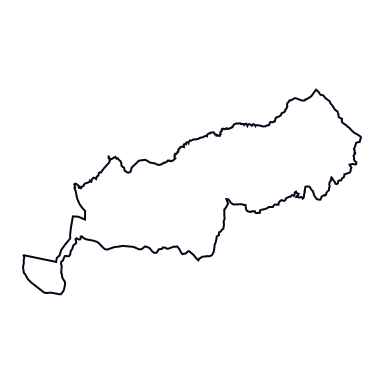 outline of Metinaro, Dili, East Timor
{"feature_id": "22284137B6793847155334", "entity_name": "Metinaro", "entity_type": "district", "adm_level": 2, "iso_a3": "TLS", "parent_name": "East Timor", "parent_adm1": "Dili", "projection": "natural_earth1", "projection_center": [125.764, -8.537], "detail": "fine", "context": "isolated", "style": "outline", "palette": "ink", "viewbox_px": 384, "rotation_deg": 0, "n_neighbors": 0, "source": "geoboundaries", "source_scale": "gbopen_adm2", "svg_char_len": 6014}
<svg xmlns="http://www.w3.org/2000/svg" viewBox="0 0 384 384"><path d="M24.3,257.2L23.7,260.3L23.8,263.2L23.0,267.1L23.9,272.9L25.3,274.5L27.8,279.1L31.1,282.4L44.3,292.7L47.5,293.0L50.7,292.6L59.9,294.3L60.9,294.2L63.2,291.3L64.0,289.6L64.9,285.3L65.1,282.3L62.2,277.4L62.0,274.8L61.2,272.5L61.7,266.5L61.6,265.6L60.9,263.8L61.4,261.5L62.8,260.6L64.7,256.2L65.3,256.0L68.8,256.3L70.0,254.9L70.9,250.8L72.4,248.8L72.9,246.3L73.7,245.1L76.0,243.4L76.2,242.1L75.6,239.1L76.4,238.3L78.9,239.5L80.1,239.3L80.6,238.4L80.7,236.6L81.5,236.3L84.6,238.7L86.9,239.5L93.1,240.6L97.1,241.9L98.4,242.7L103.2,247.7L104.7,249.0L105.5,249.3L107.5,249.5L114.5,247.0L117.4,246.8L122.8,245.9L133.6,246.9L139.2,249.4L141.8,249.1L144.8,246.5L145.9,246.6L149.5,248.0L152.6,251.8L154.1,252.8L155.1,252.9L156.2,252.8L156.9,252.3L158.8,249.3L161.9,248.9L162.9,247.5L164.9,247.6L167.6,248.9L174.0,246.6L175.9,246.8L177.1,246.4L179.3,249.0L181.1,252.5L182.3,254.1L185.9,253.4L187.9,251.4L189.2,251.2L193.6,255.0L196.7,258.8L198.4,260.3L199.2,258.7L202.0,256.9L203.7,256.5L205.1,256.6L206.7,256.1L208.6,256.3L211.3,255.6L212.1,254.9L213.7,251.9L214.4,247.8L214.5,245.2L216.0,241.4L216.0,240.2L216.5,239.2L216.5,237.5L216.8,236.4L218.9,235.1L218.9,232.9L219.4,232.1L220.6,231.7L221.8,229.9L223.3,228.7L224.0,224.6L223.7,222.3L223.8,221.0L224.5,219.3L224.6,218.2L224.3,215.5L224.3,209.4L225.2,208.8L225.9,207.3L226.4,206.8L228.0,203.5L226.4,199.1L228.2,199.3L229.6,200.7L230.7,202.7L233.5,204.5L241.8,204.2L243.9,205.0L245.5,204.9L246.0,208.7L246.6,210.5L247.9,211.4L250.8,212.0L252.6,211.1L253.2,211.5L254.8,211.2L255.3,212.7L256.6,213.1L258.8,212.8L259.6,213.0L260.1,212.6L259.8,211.5L260.1,210.4L261.1,209.8L263.5,209.4L267.2,208.3L268.7,207.0L272.9,207.0L273.8,205.3L274.7,204.6L278.5,204.7L278.7,202.6L280.3,200.9L281.5,200.1L283.4,200.8L284.5,200.8L285.3,200.0L286.0,198.3L288.9,196.9L290.5,196.8L291.9,195.1L293.1,195.3L294.0,196.0L294.4,195.6L294.8,192.5L296.0,191.6L296.7,193.1L298.6,193.8L298.4,194.8L296.8,196.1L296.4,197.0L297.8,196.9L298.8,197.5L301.4,197.0L302.7,198.6L303.5,197.9L303.9,196.5L304.1,194.0L304.8,192.1L304.5,191.1L304.9,190.8L305.1,188.1L305.5,186.7L307.4,186.4L309.6,186.8L311.8,190.3L312.9,191.0L314.2,195.5L316.5,198.8L318.2,199.6L320.5,199.6L321.7,196.5L324.4,195.0L325.1,195.5L326.1,194.5L326.4,192.9L327.2,191.8L328.9,190.2L329.1,187.9L329.6,186.9L329.3,184.2L329.6,182.3L330.5,181.2L331.5,177.4L332.4,178.2L332.8,179.6L334.8,182.1L335.4,183.7L337.0,184.1L337.9,183.1L338.1,181.3L339.6,180.3L341.2,180.3L342.1,178.2L343.7,177.3L344.2,176.2L344.4,174.3L345.7,174.1L350.1,172.3L350.7,170.4L350.7,169.2L351.4,167.8L349.6,164.7L352.7,163.9L354.6,164.4L355.8,164.4L356.2,164.0L356.3,162.2L354.6,160.9L354.0,159.5L354.1,157.6L353.5,156.0L354.4,154.1L354.8,154.0L355.3,153.1L354.5,152.2L354.7,150.4L353.9,149.0L355.1,146.5L356.0,143.0L357.8,142.2L359.6,142.0L361.0,137.2L360.0,136.2L357.6,134.6L354.3,132.9L351.6,130.4L349.0,127.5L347.8,126.9L346.4,125.4L342.3,122.6L341.8,120.8L342.0,118.8L338.7,117.2L338.4,114.3L337.4,111.4L335.1,109.9L332.1,105.1L330.5,103.6L329.9,101.5L325.4,98.1L323.5,95.6L322.6,95.1L320.8,94.9L320.1,94.3L318.6,92.0L316.0,89.7L311.4,96.1L309.5,97.5L307.9,98.2L306.8,99.3L305.4,99.3L305.0,100.3L303.2,100.6L301.4,100.4L296.0,98.3L295.0,98.1L290.8,100.5L290.2,100.1L289.3,100.7L288.9,101.6L287.2,103.4L287.0,104.1L287.3,106.5L287.0,106.8L286.4,108.8L285.6,109.2L285.1,110.2L285.2,111.2L284.3,112.1L281.9,113.1L281.2,113.9L281.2,114.8L280.8,115.4L277.6,117.2L276.4,117.3L276.1,118.0L275.4,118.6L275.1,120.5L274.6,121.6L273.7,121.5L272.7,122.3L270.8,122.0L270.1,122.4L269.6,123.0L269.6,124.4L268.8,125.2L268.0,125.2L267.8,125.5L266.8,125.4L265.4,126.4L263.9,126.3L262.8,126.5L261.6,126.0L257.2,125.1L255.9,125.2L255.5,126.1L254.7,124.9L253.2,124.1L251.9,125.7L249.8,124.3L248.7,124.1L247.9,124.5L247.4,126.0L246.1,123.7L244.7,124.1L244.1,125.0L243.7,124.3L242.4,123.9L241.2,124.1L240.0,123.2L237.9,123.6L236.6,123.3L233.8,124.6L232.4,127.3L232.0,127.4L231.8,127.2L231.0,128.0L229.3,128.4L228.9,128.9L228.1,129.0L227.3,128.5L226.8,128.8L226.2,128.3L225.4,129.1L224.2,129.1L222.8,128.6L222.1,128.9L221.7,129.6L222.0,130.2L221.8,131.0L220.3,132.2L220.7,134.4L220.0,134.8L219.9,135.8L216.9,135.7L217.2,135.0L216.7,134.7L215.1,134.7L214.1,132.8L213.5,132.3L210.4,132.7L209.8,133.5L208.6,133.6L207.7,134.2L206.9,135.3L206.9,136.2L206.1,135.8L205.1,136.1L201.8,137.6L200.1,137.7L198.2,139.0L197.0,139.0L195.6,139.5L193.3,139.4L191.1,140.7L190.0,140.5L188.7,142.1L188.5,143.1L188.0,142.3L186.5,142.4L186.1,143.0L185.9,144.4L184.3,144.1L183.7,144.8L184.0,147.1L181.6,146.6L180.4,147.1L180.2,148.0L178.7,148.8L178.4,149.3L178.7,150.0L178.1,151.9L177.6,151.8L177.0,153.1L175.8,154.2L175.2,153.9L175.1,154.7L174.4,155.3L174.8,156.5L174.5,157.4L174.7,158.5L175.1,158.6L173.7,160.0L172.0,161.0L170.8,161.2L170.4,160.8L169.3,161.0L169.0,160.5L167.8,160.5L166.8,161.7L164.7,162.9L164.1,162.6L161.0,164.6L160.6,164.4L159.4,164.9L157.4,164.7L155.2,163.5L150.1,162.6L146.3,160.3L144.8,159.8L139.4,160.6L137.9,161.4L137.4,162.2L131.7,167.5L130.8,171.1L130.0,172.2L128.3,172.6L127.2,172.4L124.9,170.9L124.3,169.4L124.2,168.0L123.6,167.2L122.6,166.9L121.5,165.8L121.2,162.6L120.5,161.2L119.1,160.1L117.7,158.3L117.1,158.2L116.6,158.6L115.3,156.8L111.7,159.0L109.6,159.3L109.4,161.9L109.0,162.7L103.8,168.5L100.9,172.5L99.7,172.4L98.9,173.0L98.5,173.9L98.5,175.5L97.3,176.1L96.3,177.8L96.0,179.0L94.4,177.7L93.3,177.9L92.0,179.1L91.3,181.6L90.3,180.9L90.5,181.7L89.3,181.8L88.6,182.4L85.0,183.5L83.8,184.7L83.7,185.8L81.8,186.8L81.4,187.5L80.8,187.2L80.8,188.2L78.9,187.8L78.8,187.6L79.5,187.3L79.4,187.0L78.7,186.0L76.7,184.2L76.2,184.2L76.0,183.7L75.4,183.6L74.3,184.2L75.1,187.7L74.5,188.1L75.8,191.6L77.0,198.0L79.3,203.7L82.2,207.9L85.1,210.9L85.0,219.5L78.3,216.7L72.9,216.4L70.9,227.8L70.1,235.0L70.2,238.5L65.6,244.0L61.3,249.8L59.6,255.5L56.8,257.9L56.2,261.9L24.1,255.3L23.6,255.5L24.3,257.2ZM109.5,158.8L109.0,156.8L108.6,156.6L108.5,157.8L109.5,158.8Z" fill="none" stroke="#020617" stroke-width="2"/></svg>